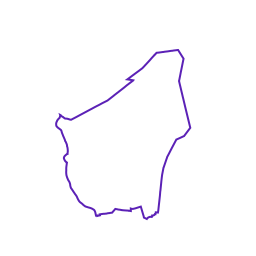 Peel en Maas, Limburg, Netherlands (orthographic projection), rotated 118°
{"feature_id": "6326949B67836908957420", "entity_name": "Peel en Maas", "entity_type": "district", "adm_level": 2, "iso_a3": "NLD", "parent_name": "Netherlands", "parent_adm1": "Limburg", "projection": "orthographic", "projection_center": [6.017, 51.331], "detail": "fine", "context": "isolated", "style": "outline", "palette": "violet", "viewbox_px": 256, "rotation_deg": 118, "n_neighbors": 0, "source": "geoboundaries", "source_scale": "gbopen_adm2", "svg_char_len": 5014}
<svg xmlns="http://www.w3.org/2000/svg" viewBox="0 0 256 256"><g transform="rotate(118 128 128)"><path d="M40.7,111.5L39.7,113.3L35.6,120.4L36.1,121.2L36.3,121.4L38.1,124.0L39.2,125.4L39.3,125.6L39.6,126.1L41.7,128.9L43.5,131.5L44.3,132.5L44.6,133.0L46.8,136.0L48.2,138.1L48.3,138.1L49.1,138.3L50.7,138.8L50.7,138.7L52.7,139.3L55.4,140.0L56.3,140.2L57.6,140.5L63.0,141.9L63.8,142.1L64.0,142.2L64.4,142.3L64.6,142.3L64.8,142.4L65.2,142.5L65.7,142.6L68.5,143.4L69.8,144.0L70.2,144.2L70.4,144.3L72.8,145.4L73.8,145.9L78.2,148.0L78.3,148.0L78.8,148.3L81.4,149.5L85.0,151.2L85.4,151.4L84.6,149.2L83.6,146.3L83.4,145.7L83.5,145.7L90.9,149.1L93.6,150.2L105.9,155.7L106.0,155.7L113.4,159.0L118.2,162.4L120.8,164.1L122.1,165.0L123.2,165.8L125.7,167.5L128.6,169.4L128.7,169.5L130.5,170.7L131.7,171.5L138.7,176.2L142.6,178.8L147.4,182.1L147.5,182.2L147.7,183.1L147.9,183.7L147.9,183.8L148.0,183.9L148.0,184.1L148.0,184.4L148.0,184.6L148.1,185.1L148.2,185.4L148.3,185.7L148.3,185.9L148.4,186.0L148.6,186.7L148.8,187.1L148.9,187.3L149.0,187.5L149.1,187.9L149.2,188.1L149.2,188.4L149.1,188.8L149.1,189.0L149.0,189.5L149.0,189.8L148.9,190.1L148.9,190.3L148.8,190.5L148.8,190.8L148.8,191.3L148.8,191.6L148.8,192.0L148.7,192.3L148.7,192.5L148.4,193.1L148.3,193.4L148.3,193.5L148.3,194.1L148.5,193.9L148.8,193.7L149.2,193.6L149.9,193.4L150.2,193.3L150.5,193.3L151.2,193.2L151.3,193.2L151.4,193.3L151.5,193.3L152.2,193.5L152.7,193.7L153.1,193.8L153.4,193.8L154.0,193.9L154.2,194.0L154.4,194.0L154.9,194.0L155.3,193.9L156.3,193.9L156.7,193.8L157.3,193.7L157.8,193.5L158.1,193.4L158.4,193.2L159.5,192.5L159.6,192.3L159.8,192.2L160.1,191.7L160.3,191.1L160.5,190.5L160.5,190.4L160.7,189.7L160.8,188.8L161.1,187.0L161.2,186.4L161.6,185.7L162.0,185.2L162.6,184.7L163.3,184.0L163.9,183.3L164.8,182.2L165.3,181.7L165.9,180.9L166.3,180.4L166.7,179.9L167.6,178.8L167.8,178.5L168.6,177.7L168.9,177.5L169.5,176.4L169.7,176.2L170.0,175.8L170.9,174.7L171.3,174.3L171.7,173.9L172.9,173.1L173.4,172.5L174.3,171.8L175.8,170.8L176.5,170.4L177.3,170.0L177.5,170.0L179.3,169.2L179.6,169.7L179.8,169.8L180.0,169.8L180.4,169.9L180.5,170.0L180.9,170.2L181.5,170.4L181.7,170.5L182.1,170.6L182.4,170.7L182.5,170.7L182.8,170.7L183.0,170.8L183.4,170.8L183.9,170.7L184.1,170.7L184.4,170.6L184.7,170.5L184.8,170.4L185.1,170.1L185.5,169.7L185.9,169.1L186.0,169.0L186.1,168.9L186.2,168.7L186.6,168.0L186.7,167.9L186.7,167.7L186.8,167.6L186.9,167.3L186.9,167.2L187.0,166.9L187.0,166.7L187.3,166.3L187.2,165.7L191.5,164.1L193.4,163.2L193.8,162.9L195.3,162.2L195.9,161.9L196.8,161.4L198.0,160.6L198.8,160.0L199.9,158.9L200.8,157.9L201.0,157.6L201.9,156.6L202.2,156.0L202.5,155.6L202.9,154.8L203.2,154.4L203.7,153.8L204.0,153.5L204.8,152.7L206.0,151.9L207.0,151.0L207.4,150.6L208.0,149.8L208.4,148.8L208.8,148.2L209.0,147.7L209.3,147.2L209.5,146.9L209.6,146.6L209.9,146.1L210.2,145.6L210.4,145.1L211.0,144.1L211.6,142.8L211.9,142.2L212.4,141.3L212.9,140.6L213.0,140.5L213.3,140.1L213.9,139.4L214.5,138.5L214.9,137.9L215.5,136.9L216.0,135.6L216.4,133.0L216.8,131.6L216.9,131.4L217.1,130.2L217.2,129.5L217.2,129.2L217.3,129.0L217.3,128.8L217.1,127.8L217.1,127.7L216.9,126.7L216.7,125.5L216.5,124.8L216.5,124.7L216.4,124.4L216.4,124.2L216.2,123.4L216.2,123.1L216.2,122.5L216.1,122.3L216.1,122.0L216.1,121.9L216.1,121.1L216.2,120.4L216.2,120.0L216.2,119.7L216.3,119.5L216.5,118.9L216.8,118.5L217.6,117.5L218.5,116.7L219.6,115.8L220.4,115.1L219.7,114.1L220.1,113.8L219.4,113.1L219.0,112.6L218.3,111.8L218.2,111.9L217.6,112.5L217.5,112.4L216.8,111.5L216.5,111.1L215.3,109.4L214.6,108.2L214.1,107.5L213.6,106.7L212.9,106.0L212.6,105.6L212.4,105.3L212.3,105.2L212.1,104.8L211.8,104.4L211.5,104.1L210.8,103.1L210.2,102.3L210.1,102.2L209.3,102.1L206.8,101.5L205.4,101.2L204.9,99.6L204.7,98.9L204.6,98.4L204.2,97.4L203.8,96.3L203.6,95.5L203.6,95.4L203.5,95.2L203.4,95.1L203.3,94.8L203.3,94.6L202.4,92.5L201.6,90.7L201.0,89.4L200.8,88.9L200.6,88.5L200.7,88.4L200.5,88.0L200.0,86.5L197.8,87.7L197.6,86.5L196.9,85.4L195.6,83.9L191.4,79.8L198.6,72.7L199.6,71.9L199.5,69.4L199.5,69.1L199.5,68.7L199.4,68.7L199.2,68.7L198.9,68.6L198.6,68.5L198.0,68.3L197.7,68.2L197.3,68.0L197.1,67.8L196.9,67.6L196.6,67.3L196.4,67.2L196.2,67.0L196.1,66.8L196.0,66.6L195.9,66.5L195.7,66.2L195.6,65.9L195.5,65.6L195.4,65.5L195.4,65.4L195.3,65.2L195.1,65.2L193.9,65.6L193.5,64.7L193.4,64.6L193.2,64.5L193.1,64.4L192.9,64.3L192.8,64.2L192.7,64.1L192.4,64.0L192.2,63.9L191.9,63.9L191.7,63.9L191.4,63.9L191.2,63.3L190.2,63.6L189.9,63.7L189.4,63.9L189.2,63.5L189.1,63.0L188.9,62.7L188.7,62.2L188.6,61.9L186.7,62.5L172.4,68.2L169.2,69.6L167.8,70.1L160.2,73.2L159.5,73.5L156.2,74.8L154.1,75.6L153.3,75.9L147.1,77.8L146.5,78.0L146.4,78.0L146.1,78.0L137.5,79.4L136.8,79.5L136.1,79.6L135.7,79.7L135.3,79.8L132.7,79.8L131.8,79.8L125.4,79.9L115.5,79.9L115.4,79.8L115.3,79.7L112.2,77.3L109.4,75.2L108.8,74.7L98.6,73.1L82.3,87.6L75.6,93.5L75.3,93.8L72.9,95.9L65.2,102.7L63.6,104.1L63.1,104.5L62.6,105.0L61.1,105.4L55.5,107.1L53.9,107.6L52.5,108.0L40.7,111.5Z" fill="none" stroke="#5b21b6" stroke-width="2"/></g></svg>